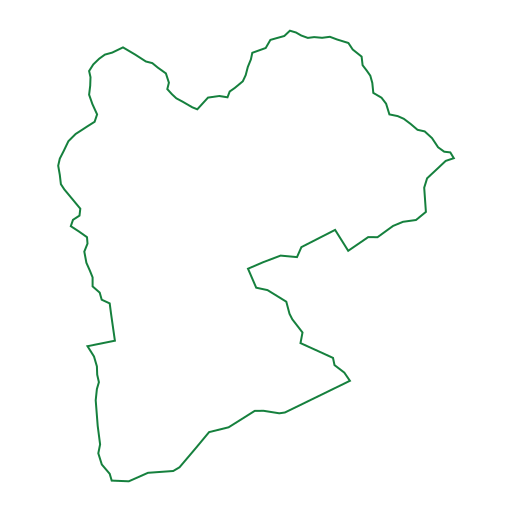 Passo do Sobrado, Rio Grande do Sul, Brazil
{"feature_id": "56859067B30972219704232", "entity_name": "Passo do Sobrado", "entity_type": "district", "adm_level": 2, "iso_a3": "BRA", "parent_name": "Brazil", "parent_adm1": "Rio Grande do Sul", "projection": "robinson", "projection_center": [-52.245, -29.77], "detail": "fine", "context": "isolated", "style": "outline", "palette": "green", "viewbox_px": 512, "rotation_deg": 0, "n_neighbors": 0, "source": "geoboundaries", "source_scale": "gbopen_adm2", "svg_char_len": 1789}
<svg xmlns="http://www.w3.org/2000/svg" viewBox="0 0 512 512"><path d="M453.8,158.2L450.3,152.4L444.2,151.7L438.1,147.3L432.0,138.1L424.7,131.4L417.5,129.8L410.7,124.0L403.8,118.8L397.7,116.1L389.4,114.4L386.1,103.7L381.5,97.7L373.3,92.9L372.3,82.9L370.3,75.7L366.8,70.7L362.6,65.2L361.6,56.6L352.7,49.5L348.4,43.0L337.1,39.5L329.9,36.8L322.1,37.8L314.2,37.1L307.8,37.9L301.2,35.5L296.0,32.5L289.9,30.7L284.3,36.0L276.4,38.2L270.4,39.9L265.7,48.0L252.3,52.8L250.9,59.4L247.8,67.0L245.7,75.1L242.8,81.3L234.7,88.0L229.7,91.5L227.5,97.3L219.1,96.0L208.0,97.6L197.3,109.3L192.3,107.3L183.0,101.9L176.3,98.3L172.0,94.3L167.3,89.1L168.9,82.7L165.9,73.4L157.8,67.6L152.3,63.1L145.9,61.5L135.2,54.6L123.0,47.4L112.2,52.6L104.9,54.6L99.2,58.7L93.3,64.4L89.1,71.0L90.5,77.2L90.2,85.7L89.1,94.7L92.4,104.1L97.1,114.4L94.6,121.8L87.3,126.4L81.5,130.2L75.6,134.0L68.4,141.2L63.7,151.0L59.8,158.6L58.2,165.7L59.8,174.9L60.9,184.2L64.3,189.4L80.3,208.7L79.5,215.6L73.0,219.8L70.8,226.2L78.8,231.4L87.0,237.2L87.5,243.6L84.3,251.6L86.4,262.8L89.9,270.7L92.6,277.4L92.6,286.4L99.7,292.6L101.7,299.7L109.7,303.4L111.1,314.1L114.9,340.7L87.5,346.2L94.0,356.5L96.9,366.4L97.2,374.7L98.9,382.2L96.9,389.0L95.7,400.3L97.7,425.9L100.1,444.4L98.3,453.3L101.8,464.5L109.7,473.8L111.7,480.6L128.8,481.3L148.0,472.8L173.2,471.0L179.5,467.3L195.2,448.8L209.1,432.1L228.6,427.3L254.7,410.9L263.6,410.8L279.3,413.3L284.9,412.5L349.9,380.8L344.3,372.6L334.5,365.1L333.0,357.9L300.5,343.1L302.5,332.5L292.3,319.3L289.5,313.8L286.3,301.7L267.5,290.1L256.2,287.7L248.0,268.7L263.4,262.1L280.6,255.6L297.0,257.1L301.4,247.1L335.1,229.9L348.2,250.8L368.2,237.1L377.5,237.2L393.1,225.9L403.0,221.8L416.0,220.0L425.9,211.9L424.2,187.7L427.1,178.3L445.7,160.9L453.8,158.2Z" fill="none" stroke="#15803d" stroke-width="2"/></svg>